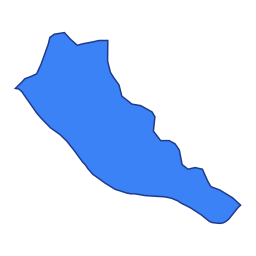 Huichon City, Chagang-do, North Korea
{"feature_id": "82179303B50455397600006", "entity_name": "Huichon City", "entity_type": "district", "adm_level": 2, "iso_a3": "PRK", "parent_name": "North Korea", "parent_adm1": "Chagang-do", "projection": "equal_earth", "projection_center": [126.213, 40.154], "detail": "fine", "context": "isolated", "style": "filled", "palette": "blue", "viewbox_px": 256, "rotation_deg": 0, "n_neighbors": 0, "source": "geoboundaries", "source_scale": "gbopen_adm2", "svg_char_len": 976}
<svg xmlns="http://www.w3.org/2000/svg" viewBox="0 0 256 256"><path d="M15.4,88.4L18.8,89.0L21.8,91.6L36.9,113.3L41.9,119.0L50.5,127.8L59.8,134.4L66.6,140.9L72.3,148.1L73.7,149.8L82.6,162.0L85.7,165.3L87.8,168.5L92.7,174.2L105.1,183.1L115.1,189.3L127.3,193.2L130.8,193.8L134.8,193.8L145.3,195.6L164.4,196.8L171.1,198.1L177.7,200.8L181.1,203.1L190.1,207.6L200.5,214.3L209.4,221.4L212.4,222.6L219.6,223.4L223.1,222.9L225.6,221.6L228.6,219.3L238.1,207.5L240.6,205.2L232.6,197.8L219.6,189.9L210.9,186.7L208.1,181.9L205.2,175.6L202.4,169.2L195.1,167.6L187.9,169.2L182.1,164.5L179.3,150.1L175.0,143.8L169.2,140.6L160.6,140.6L153.4,131.1L154.9,116.8L152.1,112.0L140.6,105.6L131.9,104.1L121.8,96.1L119.0,85.0L113.3,77.0L110.4,72.3L107.6,61.2L107.7,50.0L107.8,40.5L99.1,40.5L91.8,42.1L83.1,43.7L77.3,45.3L70.2,39.0L64.4,32.6L54.3,34.2L49.9,37.4L48.4,43.7L43.9,56.4L41.0,64.4L36.6,73.9L29.3,77.1L24.9,78.7L22.0,81.9L15.4,88.4Z" fill="#3b82f6" stroke="#1e3a8a" stroke-width="1.5"/></svg>